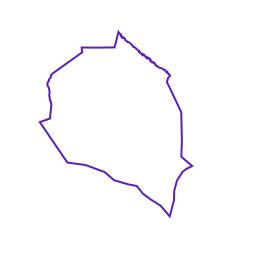 outline of Cagaan-Ovoo, Dornod, Mongolia, rotated 225°
{"feature_id": "93677404B5837746679690", "entity_name": "Cagaan-Ovoo", "entity_type": "district", "adm_level": 2, "iso_a3": "MNG", "parent_name": "Mongolia", "parent_adm1": "Dornod", "projection": "natural_earth1", "projection_center": [113.488, 48.428], "detail": "fine", "context": "isolated", "style": "outline", "palette": "violet", "viewbox_px": 256, "rotation_deg": 225, "n_neighbors": 0, "source": "geoboundaries", "source_scale": "gbopen_adm2", "svg_char_len": 4672}
<svg xmlns="http://www.w3.org/2000/svg" viewBox="0 0 256 256"><g transform="rotate(225 128 128)"><path d="M36.0,95.0L44.3,109.3L51.0,116.4L56.2,125.5L58.4,135.6L58.0,139.5L55.8,146.5L70.0,145.4L80.3,156.5L101.5,176.8L121.8,184.1L133.0,188.0L135.1,191.8L135.2,194.8L135.8,194.8L136.6,194.9L136.9,194.9L137.1,195.0L137.3,195.1L137.5,194.9L137.7,195.0L137.8,195.0L138.2,195.1L138.5,195.0L138.7,194.9L138.8,194.8L139.2,194.8L139.5,194.8L139.8,195.0L140.0,195.3L140.1,195.0L140.2,194.8L140.3,194.7L140.5,194.6L140.8,194.6L141.1,194.6L141.5,194.7L141.9,194.8L142.0,194.9L142.2,195.1L142.4,195.2L142.5,195.3L142.9,195.2L143.1,195.0L143.1,194.9L143.2,194.7L143.3,194.6L143.5,194.6L144.2,194.5L144.5,194.5L145.0,194.3L145.5,194.2L145.8,194.1L146.0,194.1L146.3,194.2L146.5,194.2L146.8,194.0L147.1,193.7L147.3,193.5L147.6,193.3L148.0,193.1L148.6,192.9L148.9,192.8L149.0,192.7L149.3,192.5L149.5,192.5L149.9,192.6L150.1,192.5L150.4,192.4L150.7,192.4L150.8,192.5L151.0,192.4L151.3,192.1L151.5,191.9L152.0,192.0L152.4,192.1L152.7,192.2L152.9,192.1L153.1,192.1L153.4,191.9L153.5,191.9L153.7,192.0L153.8,192.2L153.9,192.3L154.0,192.4L154.3,192.7L154.5,192.7L154.8,192.6L155.1,192.6L155.6,192.5L155.8,192.6L156.1,192.7L156.3,192.6L156.4,192.0L156.4,191.9L156.5,191.9L157.0,192.0L157.3,192.1L157.5,191.9L157.5,191.7L157.6,191.4L157.8,191.2L158.1,191.2L158.6,191.5L158.9,191.7L159.0,191.7L159.1,191.4L159.4,191.2L159.5,191.2L159.8,191.3L160.0,191.7L160.0,191.8L160.0,192.0L160.3,192.2L160.5,192.2L160.8,192.1L160.8,191.9L161.0,191.8L161.3,191.8L161.5,191.9L161.6,192.2L161.6,192.3L161.8,192.3L162.0,192.2L162.0,191.9L162.3,192.0L162.6,192.2L162.9,192.2L163.1,192.1L163.2,191.9L163.2,191.7L163.1,191.4L163.2,191.2L163.4,190.9L163.7,190.8L163.9,190.6L164.0,190.5L164.4,190.5L164.7,190.5L164.8,190.6L165.0,190.8L165.1,191.1L165.2,190.9L165.4,190.8L165.5,190.7L165.8,190.6L166.0,190.6L166.3,190.7L166.6,190.9L167.3,190.9L167.7,191.2L167.8,191.2L168.0,191.2L168.1,190.9L168.1,190.6L168.2,190.4L168.3,190.4L168.4,190.5L168.5,190.7L168.6,190.8L168.9,191.0L169.1,191.0L169.3,190.8L169.3,190.6L169.3,190.3L169.1,190.0L169.1,189.9L169.3,189.9L169.3,190.0L169.6,190.3L169.9,190.5L170.3,190.6L170.5,190.5L170.7,190.3L170.8,190.0L170.8,189.9L171.2,190.0L171.4,190.0L171.7,189.8L172.1,189.6L172.3,189.5L172.6,189.5L172.8,189.5L173.3,189.8L173.6,189.7L174.0,189.5L174.3,189.6L174.5,189.7L174.6,189.8L174.6,190.0L174.5,190.3L174.9,190.2L175.1,190.1L175.4,190.0L175.5,189.9L176.0,189.9L176.2,190.0L176.4,190.0L176.6,190.0L176.9,189.9L177.0,189.9L177.3,190.0L177.5,189.9L178.0,189.9L178.4,189.8L179.0,189.9L179.3,190.0L179.5,190.0L179.9,189.9L180.0,189.8L180.1,189.7L180.6,189.6L180.8,189.6L181.0,189.4L181.3,189.2L181.9,189.2L182.2,189.2L182.4,189.3L182.5,189.5L183.0,189.6L183.5,189.3L183.9,189.4L184.1,189.5L184.5,189.5L184.9,189.6L185.3,189.6L185.6,189.6L186.7,189.4L187.0,189.4L187.6,189.3L187.9,189.2L188.1,189.1L188.5,188.9L189.0,188.7L189.4,188.3L189.5,188.3L189.8,188.3L190.1,188.5L190.3,188.5L190.6,188.5L190.8,188.5L191.2,188.5L191.4,188.4L191.9,188.3L192.4,188.2L192.6,188.3L192.9,188.6L193.0,188.6L193.5,188.6L193.8,188.8L194.0,189.0L194.4,189.1L194.6,189.0L195.0,188.7L195.2,188.3L195.3,188.1L195.4,187.8L195.5,187.7L196.0,187.7L196.3,188.0L196.4,188.3L196.5,188.3L196.8,188.1L197.1,187.9L197.4,187.9L197.6,187.9L197.6,188.1L197.6,188.3L197.5,188.5L198.0,188.5L198.4,188.4L198.7,188.4L198.9,188.4L199.0,188.5L199.1,189.0L199.3,189.2L199.5,189.0L200.0,188.9L200.4,188.9L200.6,189.0L200.9,189.0L201.3,189.1L201.6,189.1L201.9,189.0L202.1,189.0L202.6,189.1L194.5,175.5L204.2,165.5L217.7,152.1L213.9,149.2L219.9,113.1L220.0,112.8L219.8,112.1L219.7,111.7L219.8,111.4L219.7,111.0L219.7,110.8L219.4,110.4L219.1,110.0L218.5,109.5L218.4,109.3L218.3,109.0L218.2,108.5L218.2,108.2L218.3,107.5L218.2,107.0L218.2,106.6L218.0,106.2L217.9,106.1L217.6,105.9L217.4,105.7L217.3,105.3L217.2,105.1L217.3,105.0L217.2,104.6L217.2,104.4L217.2,104.2L217.1,103.9L217.0,103.6L216.7,103.1L216.4,102.7L216.1,102.3L216.0,102.0L215.6,101.6L214.8,101.0L214.5,100.9L214.3,100.9L213.8,100.9L213.1,100.7L212.3,100.4L211.8,100.1L211.7,99.9L211.0,99.5L210.6,99.3L210.4,99.1L210.2,98.9L209.9,98.8L209.6,98.7L209.2,98.4L208.6,97.7L208.5,97.4L208.3,97.3L208.0,96.9L207.5,96.3L207.3,96.1L207.0,95.7L206.6,95.3L206.4,95.0L206.3,94.9L206.1,94.8L205.8,94.8L205.6,94.7L205.3,94.6L205.0,94.3L204.5,93.9L204.1,93.5L203.8,93.1L203.3,92.8L203.0,92.6L202.7,92.4L201.8,92.3L201.5,92.3L201.2,92.1L200.8,91.7L200.4,91.5L199.6,90.8L199.1,90.6L198.7,90.4L196.7,87.8L189.9,79.6L194.5,69.8L146.4,60.7L132.0,71.7L113.5,80.3L100.9,81.2L88.0,88.3L80.8,93.2L71.0,92.1L61.5,93.5L50.0,96.1L36.0,95.0Z" fill="none" stroke="#5b21b6" stroke-width="2"/></g></svg>